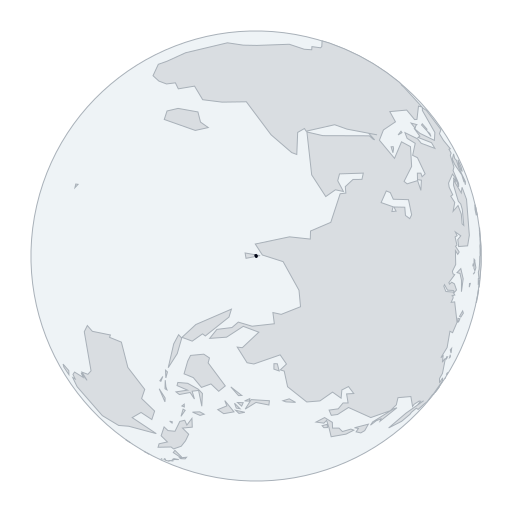 Vavuniyāva highlighted on a globe, orthographic projection, rotated 103°
{"feature_id": "LKA-2456", "entity_name": "Vavuniyāva", "entity_type": "District", "adm_level": 1, "iso_a3": "LKA", "parent_name": "Sri Lanka", "parent_adm1": "", "projection": "orthographic", "projection_center": [80.482, 8.836], "detail": "fine", "context": "on_globe", "style": "filled", "palette": "ink", "viewbox_px": 512, "rotation_deg": 103, "n_neighbors": 0, "source": "natural_earth", "source_scale": "10m", "svg_char_len": 8873}
<svg xmlns="http://www.w3.org/2000/svg" viewBox="0 0 512 512"><g transform="rotate(103 256 256)"><circle cx="256" cy="256" r="225" fill="#eef3f6" stroke="#a8b0b8"/><path d="M332.8,44.2L332.6,44.1L331.6,43.8L332.8,44.2ZM351.1,51.8L350.8,51.6L350.7,51.6L351.1,51.8ZM348.9,50.8L345.6,49.8L350.0,51.9L335.8,46.2L343.3,48.5L342.4,47.9L345.6,49.3L348.9,50.8ZM328.4,43.5L326.3,43.0L326.8,42.9L328.4,43.5ZM252.1,30.8L251.8,30.8L251.2,30.8L252.1,30.8ZM54.5,155.3L73.5,127.7L73.4,131.4L86.7,129.9L87.4,132.1L79.9,142.0L85.2,158.1L93.9,150.3L104.5,160.2L115.4,161.8L129.7,143.0L112.0,139.9L114.7,130.1L133.7,124.5L150.0,128.5L151.7,125.0L146.2,115.5L155.0,110.1L144.9,111.9L145.3,115.8L139.0,117.4L138.2,114.0L141.4,112.0L137.9,109.7L123.9,120.8L122.7,126.0L110.4,126.2L107.4,135.2L102.3,138.6L105.5,124.9L109.0,120.4L110.9,105.9L106.1,110.5L104.0,124.8L102.4,123.3L95.9,130.8L99.6,123.9L103.2,108.2L95.4,109.5L76.8,126.6L74.1,127.3L75.8,122.7L91.3,104.2L95.6,104.8L101.2,99.3L107.8,90.8L108.6,92.0L111.8,89.0L114.2,89.3L124.9,83.1L128.4,83.2L139.7,74.9L143.0,74.1L135.4,79.1L132.0,83.0L141.6,84.8L145.5,83.3L152.1,78.1L153.9,79.7L159.1,74.4L168.1,74.0L161.4,70.5L169.0,65.4L178.3,62.4L179.5,60.4L164.4,65.4L159.4,68.1L157.1,71.2L142.5,79.5L137.7,80.4L148.4,70.2L142.7,70.7L153.5,63.6L187.8,52.8L198.5,52.1L201.2,60.7L194.6,63.1L190.3,61.0L187.7,67.2L191.0,64.6L192.6,66.3L200.2,62.7L201.6,63.8L206.4,58.9L209.0,59.8L205.9,62.9L219.4,59.5L226.7,61.2L229.1,60.0L229.5,58.2L238.6,62.1L239.9,61.1L237.5,59.4L238.5,56.4L244.0,53.0L246.8,54.5L245.2,55.9L246.2,61.7L241.5,65.9L243.2,66.2L247.9,63.0L246.8,55.9L249.3,53.5L250.8,56.5L250.4,55.2L252.5,54.5L257.3,55.4L256.0,52.1L275.4,45.2L286.5,47.2L285.7,50.1L302.2,49.2L313.5,53.0L311.2,51.2L317.6,50.5L314.1,49.2L313.5,48.4L328.4,47.9L334.0,49.6L337.8,48.8L336.7,48.1L332.7,46.7L335.8,46.2L350.0,51.9L351.9,53.1L359.5,56.5L362.8,59.2L369.0,63.5L368.3,65.6L373.3,69.4L375.7,70.4L384.3,76.9L393.7,88.1L375.5,74.6L359.3,60.1L365.0,65.2L360.5,63.0L360.6,64.4L364.9,68.6L367.4,69.6L358.1,73.5L362.1,85.8L369.5,85.8L376.5,90.3L387.6,107.8L382.8,131.8L392.1,140.9L394.3,146.8L389.7,150.1L386.4,141.5L379.6,138.1L378.5,133.2L370.0,136.7L368.0,129.8L362.4,136.5L367.2,142.2L375.4,141.1L371.4,150.8L382.8,161.1L386.8,173.7L376.3,195.8L361.8,202.6L361.5,206.7L354.4,202.0L346.9,210.2L361.7,233.8L362.0,240.7L349.0,253.8L348.4,248.7L329.6,236.1L327.4,252.6L341.7,266.4L346.7,282.6L336.3,277.6L331.1,263.3L324.4,258.4L325.3,244.0L317.9,222.9L307.3,226.8L307.2,218.3L295.4,201.2L279.7,206.4L255.4,228.3L253.6,250.0L244.5,259.4L229.8,227.7L227.3,206.9L219.4,208.5L206.4,190.7L176.4,188.0L174.5,182.6L168.3,184.6L159.6,178.7L157.5,170.0L151.1,170.1L157.2,193.1L164.3,193.3L173.5,185.3L173.6,193.5L182.4,201.4L164.4,220.0L123.7,234.3L123.7,217.9L113.4,172.6L115.9,168.0L116.0,167.5L116.1,166.5L111.1,173.8L110.7,165.3L111.9,195.8L110.4,208.9L123.1,235.2L120.9,237.5L126.2,243.2L147.9,239.1L147.2,244.5L134.5,268.6L107.9,300.1L113.7,323.6L115.7,343.1L104.3,354.1L110.6,369.3L105.4,373.5L108.5,381.9L107.4,390.0L103.5,396.9L91.2,394.3L86.3,386.6L73.8,370.3L54.7,331.8L53.4,315.7L50.6,302.4L42.2,271.2L43.7,255.5L42.5,248.1L39.4,248.6L38.6,239.9L37.1,239.0L31.5,240.0L32.0,232.1L34.3,216.2L37.7,200.4L42.2,185.0L47.8,170.0L54.5,155.3ZM58.7,149.1L56.5,153.1L58.7,149.1ZM163.3,143.7L175.8,146.1L177.2,133.5L182.1,133.6L180.8,129.6L177.2,132.6L175.0,122.0L182.9,119.5L185.0,114.6L180.9,113.6L166.8,120.1L169.8,135.0L164.0,139.4L163.3,143.7ZM127.3,74.0L125.6,76.0L121.2,79.1L116.8,80.8L123.2,76.1L127.3,74.0ZM124.4,78.3L136.3,68.8L139.5,68.0L135.7,69.9L136.6,70.3L130.7,73.7L122.2,82.9L117.7,86.4L112.0,86.5L116.3,84.3L117.7,82.2L124.4,78.3ZM160.9,52.1L166.1,49.6L166.4,50.7L161.5,53.0L156.7,54.3L159.7,52.5L160.9,52.1ZM233.0,31.9L235.8,31.6L236.3,31.8L229.2,32.9L233.0,32.5L233.5,33.1L228.0,34.3L227.7,33.7L221.9,35.7L218.2,35.6L217.8,35.8L212.7,36.5L205.9,37.9L205.1,37.7L202.7,38.4L199.4,39.1L195.9,40.1L193.2,40.4L188.8,41.7L190.0,41.1L183.1,43.5L187.0,41.9L183.1,43.1L181.3,44.0L178.0,44.6L196.0,38.9L214.3,34.6L233.0,31.9ZM246.4,30.9L251.6,30.8L244.1,31.3L238.3,31.7L239.5,31.3L246.4,30.9ZM91.8,128.8L93.0,129.6L95.7,129.7L91.6,134.8L91.8,128.8ZM93.9,118.0L95.5,117.7L91.1,124.2L89.8,123.7L93.9,118.0ZM100.2,112.4L95.9,117.2L97.5,114.2L100.2,112.4ZM137.3,78.7L139.4,78.4L138.2,79.7L135.3,81.4L137.3,78.7ZM210.0,42.8L210.8,41.8L212.3,41.5L218.0,39.1L221.2,39.4L219.0,40.9L210.0,42.8ZM124.6,145.8L119.2,148.9L118.6,146.9L120.5,146.1L124.6,145.8ZM103.0,141.5L106.1,144.8L101.8,142.8L103.0,141.5ZM214.5,42.7L216.4,41.6L216.8,42.5L214.5,42.7ZM223.8,39.6L224.9,40.3L222.2,39.2L223.8,39.6ZM226.2,445.5L230.2,447.8L226.4,447.8L226.2,445.5ZM147.3,343.4L143.6,376.1L134.7,375.3L129.7,365.1L128.7,345.0L138.0,340.2L141.6,331.4L147.3,343.4ZM394.3,319.7L399.5,320.5L399.2,321.6L394.3,319.7ZM388.9,316.2L395.1,316.4L387.6,318.5L388.9,316.2ZM397.4,316.5L403.7,314.4L406.5,312.6L405.8,314.8L397.4,316.5ZM384.6,316.4L360.1,316.4L350.1,313.7L352.7,309.9L368.9,310.8L384.6,316.4ZM351.9,309.8L336.3,299.2L313.3,268.0L321.6,268.6L345.3,287.4L343.9,290.6L353.3,299.0L351.9,309.8ZM388.6,289.7L387.0,299.6L373.8,298.9L367.6,297.4L363.4,284.8L365.8,278.4L370.9,278.6L389.5,256.7L396.2,261.9L390.8,271.1L396.3,279.6L388.6,289.7ZM254.7,252.1L260.5,265.2L255.5,267.3L254.7,252.1ZM396.0,241.6L389.2,251.1L395.1,238.5L396.0,241.6ZM398.9,229.8L399.8,234.5L396.4,230.0L398.9,229.8ZM362.2,213.1L356.9,214.3L356.2,211.0L362.8,207.6L362.2,213.1ZM389.7,184.5L391.4,194.0L391.0,197.2L387.7,191.5L389.7,184.5ZM244.6,47.8L233.2,50.4L227.1,53.3L227.0,56.4L222.2,53.6L231.6,49.0L244.6,47.8ZM271.3,45.2L271.3,43.2L274.6,43.8L275.0,44.4L271.3,45.2ZM269.0,44.1L263.0,42.3L265.1,41.1L269.5,42.7L269.0,44.1ZM238.4,41.2L234.8,41.8L234.5,41.0L238.4,41.2ZM404.7,419.7L409.8,412.6L413.7,411.6L407.6,418.1L404.7,419.7ZM405.0,390.9L368.4,406.3L361.7,404.7L366.2,398.5L365.7,380.1L368.2,380.4L370.2,367.8L393.4,355.8L411.0,334.4L420.6,335.4L429.9,319.9L438.8,320.7L434.3,332.8L441.3,340.3L451.5,313.2L450.5,341.7L452.0,351.7L446.1,369.8L423.6,400.9L415.7,407.2L416.5,404.5L412.6,407.7L409.9,406.7L413.2,397.0L409.1,400.2L415.2,392.6L408.3,399.4L409.1,393.2L405.0,390.9ZM464.3,341.7L464.5,341.0L466.2,336.2L466.1,336.9L464.5,341.3L464.3,341.7ZM472.3,318.9L471.8,320.6L471.6,321.3L472.3,318.9ZM472.5,318.3L473.3,315.3L472.5,318.3L472.5,318.3ZM474.7,303.0L475.2,301.4L475.1,302.6L474.7,303.0ZM407.1,320.5L414.8,312.6L418.6,311.9L407.1,320.5ZM474.8,299.9L474.1,299.7L474.4,298.1L474.8,299.9ZM475.4,296.3L475.6,294.1L475.3,299.1L475.4,296.3ZM474.5,291.6L475.0,295.3L474.3,292.0L474.5,291.6ZM473.8,292.2L473.1,290.5L473.2,289.9L473.8,292.2ZM461.2,295.8L464.4,308.4L460.8,308.2L457.1,300.5L452.5,308.0L443.2,307.1L445.9,302.5L445.0,295.5L434.3,293.0L432.1,288.5L436.3,285.3L428.6,281.9L437.1,279.6L440.2,288.9L444.8,281.5L451.9,283.1L458.2,286.1L462.5,292.9L461.2,295.8ZM436.4,300.2L437.7,300.2L436.3,303.0L436.4,300.2ZM471.7,285.4L472.7,289.9L472.5,291.1L471.9,290.4L471.7,285.4ZM463.6,291.3L468.5,283.4L469.5,283.5L466.1,292.4L463.6,291.3ZM467.7,278.4L469.6,279.4L470.4,283.7L469.9,285.0L467.7,278.4ZM419.2,291.9L418.8,294.5L416.5,292.6L419.2,291.9ZM422.3,290.3L429.1,293.0L421.6,292.6L422.3,290.3ZM399.9,281.7L402.1,287.8L409.2,283.8L403.8,289.5L408.2,299.5L406.4,303.4L402.1,292.5L400.0,303.8L396.8,303.7L395.4,294.0L398.8,282.2L402.0,277.3L414.6,275.0L399.9,281.7ZM422.4,282.8L420.5,275.7L421.8,270.9L423.9,274.7L422.4,282.8ZM414.3,258.7L408.6,250.7L403.9,253.9L412.8,242.4L416.9,252.0L414.3,258.7ZM408.6,241.0L404.3,243.8L408.4,237.2L408.6,241.0ZM402.9,241.1L401.8,235.5L405.5,236.2L402.9,241.1ZM410.9,241.2L410.8,231.7L413.2,237.2L410.9,241.2ZM398.7,223.1L407.6,232.1L397.0,228.4L394.0,210.4L398.3,209.9L398.7,223.1ZM406.5,153.4L404.0,148.8L407.1,147.8L408.0,151.2L406.5,153.4ZM415.2,142.1L407.2,146.1L400.3,150.2L403.6,152.3L404.3,160.2L398.0,152.8L400.9,144.2L406.5,142.7L405.0,136.4L407.6,132.3L403.3,124.6L403.7,121.5L409.3,128.2L415.2,142.1ZM401.2,121.4L394.6,108.7L401.7,110.8L404.8,114.1L404.8,118.9L401.0,117.4L401.2,121.4ZM395.1,106.4L391.4,105.0L374.0,87.5L372.1,84.5L389.1,98.0L386.5,97.6L389.5,101.8L395.1,106.4ZM328.2,43.8L326.4,43.1L328.9,43.9L328.2,43.8ZM311.5,47.7L311.1,46.7L314.0,47.4L311.5,47.7ZM311.6,44.6L308.5,44.5L310.6,43.9L311.6,44.6ZM301.9,44.6L306.7,44.1L303.8,45.6L301.9,44.6Z" fill="#d9dde1" stroke="#a8b0b8" stroke-width="1"/><path d="M257.1,255.7L256.9,255.7L256.8,255.8L256.7,255.9L256.4,255.9L256.4,256.0L256.6,256.0L256.6,256.3L256.4,256.5L256.2,256.7L255.9,256.6L255.6,256.8L255.6,257.0L255.4,257.1L255.2,257.0L255.2,256.9L255.0,256.7L254.9,256.4L254.8,256.2L255.0,256.1L255.4,256.0L255.7,256.0L255.7,255.8L255.6,255.7L255.4,255.5L255.6,255.4L255.8,255.2L255.7,255.0L255.7,254.9L255.8,254.9L256.0,254.9L256.1,255.0L256.3,254.9L256.5,254.9L256.7,255.0L256.8,255.0L257.0,255.2L257.1,255.3L257.1,255.6L257.1,255.7Z" fill="#0f172a" stroke="#020617" stroke-width="1.5"/></g></svg>